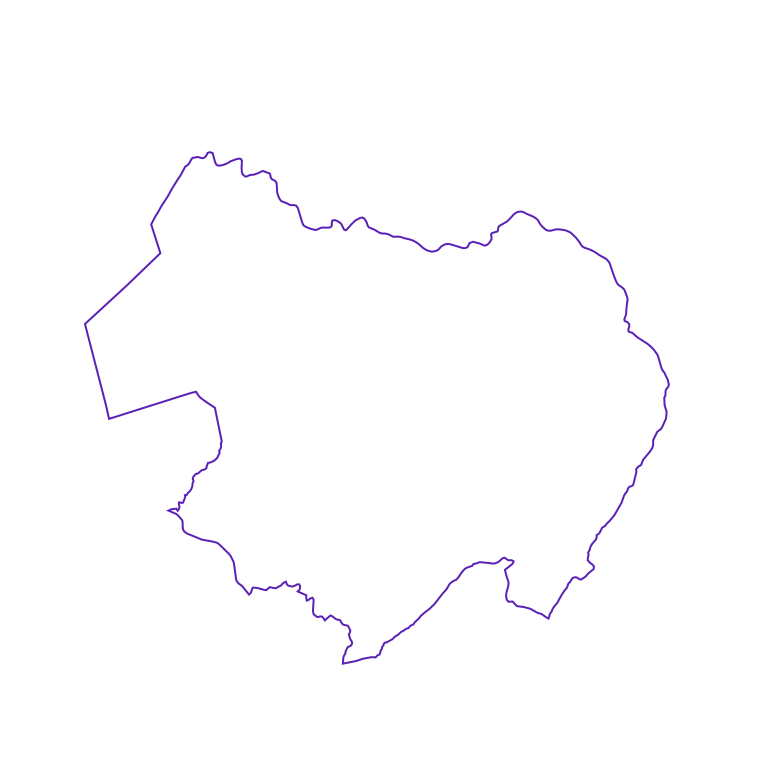 outline of Matungulu, Eastern, Kenya, rotated 74°
{"feature_id": "3690345B24621984513520", "entity_name": "Matungulu", "entity_type": "district", "adm_level": 2, "iso_a3": "KEN", "parent_name": "Kenya", "parent_adm1": "Eastern", "projection": "orthographic", "projection_center": [37.26, -1.206], "detail": "fine", "context": "isolated", "style": "outline", "palette": "violet", "viewbox_px": 768, "rotation_deg": 74, "n_neighbors": 0, "source": "geoboundaries", "source_scale": "gbopen_adm2", "svg_char_len": 6165}
<svg xmlns="http://www.w3.org/2000/svg" viewBox="0 0 768 768"><g transform="rotate(74 384 384)"><path d="M219.0,366.7L221.6,371.5L224.9,376.5L225.7,378.4L224.6,379.8L219.2,380.8L217.7,381.2L214.5,383.9L212.9,386.1L212.6,388.6L214.6,389.7L217.0,390.4L218.4,391.6L218.6,393.4L217.3,398.2L216.7,399.6L216.5,401.3L217.1,405.7L217.1,407.3L215.6,410.0L213.5,413.3L210.3,417.0L208.6,417.8L206.4,418.1L191.1,418.3L188.4,419.2L187.1,421.5L186.5,424.1L185.4,425.7L184.2,426.8L180.0,432.2L177.6,433.3L173.3,433.9L170.7,433.9L162.0,432.0L160.0,432.1L158.2,433.1L156.3,435.3L154.0,436.0L152.1,435.7L150.2,435.8L145.9,441.6L145.9,443.1L146.6,446.8L146.9,451.3L146.2,454.9L146.3,456.6L146.7,458.5L146.2,460.4L143.3,462.1L141.2,462.2L137.2,461.4L130.1,459.0L128.2,459.6L127.3,461.5L127.2,464.4L127.7,470.6L128.3,472.1L129.0,476.3L129.0,480.0L128.8,482.0L127.9,483.9L126.6,484.8L124.3,485.2L114.8,485.1L113.2,487.4L113.2,489.8L115.0,491.4L116.5,493.3L117.0,495.0L116.7,496.9L114.7,499.9L114.1,502.4L114.2,504.2L113.8,505.8L115.2,507.5L118.1,510.3L119.8,513.3L120.3,515.2L127.4,522.1L130.8,526.2L137.7,533.8L144.1,540.2L151.5,548.8L156.8,554.1L160.1,557.8L166.4,563.8L196.6,562.9L218.1,603.5L243.9,654.9L327.8,657.1L341.7,657.9L339.4,572.7L339.6,566.8L341.3,566.4L345.1,565.1L348.2,563.1L354.4,558.1L360.2,553.1L394.6,555.8L395.8,557.0L399.4,557.9L401.2,559.0L402.9,561.0L404.4,560.8L405.8,561.7L406.9,562.9L408.7,564.3L410.2,566.7L411.0,568.8L411.6,572.2L411.3,574.9L414.4,577.2L416.0,578.0L416.8,580.0L416.6,582.9L418.6,587.2L418.7,589.9L420.8,593.0L422.4,594.0L424.8,593.8L426.7,595.4L428.8,596.1L430.6,597.2L432.3,598.6L433.8,600.6L434.8,602.8L436.3,604.2L436.0,606.0L437.7,606.1L442.7,609.9L442.4,611.7L441.2,613.4L442.5,614.3L444.4,614.3L446.2,614.7L447.7,615.7L448.9,617.3L446.6,618.0L445.8,623.1L446.3,626.1L451.7,619.5L453.2,618.4L459.0,615.7L460.5,615.5L467.3,617.2L469.6,617.1L471.4,616.2L473.5,614.5L483.5,601.8L487.9,592.8L490.2,588.8L491.3,587.6L493.4,586.2L505.2,579.5L507.4,578.8L512.6,577.8L514.5,577.6L531.1,580.0L532.7,580.0L535.7,578.8L537.9,576.9L540.0,575.7L549.2,571.8L548.1,569.6L544.9,567.4L543.6,566.2L544.4,563.7L545.8,560.9L549.2,555.4L549.7,554.0L547.8,549.8L549.6,546.6L550.5,544.1L549.9,542.0L549.3,538.5L548.2,536.9L547.3,534.9L547.0,532.8L549.5,532.6L551.4,531.7L553.5,527.9L553.4,525.9L552.7,522.5L553.3,520.7L555.5,520.4L557.4,521.2L558.8,522.4L559.7,524.1L565.7,516.9L567.9,517.7L570.9,517.9L570.7,515.8L569.9,514.2L569.8,511.6L572.0,511.1L582.8,514.9L586.0,515.1L589.3,512.7L589.9,511.2L589.8,509.6L590.3,508.0L592.2,506.8L594.9,506.0L592.6,501.2L591.8,499.1L593.2,497.6L596.5,495.3L597.8,493.6L598.5,491.7L600.1,491.0L602.5,490.5L604.1,489.5L606.5,485.3L609.8,484.6L612.1,484.4L613.8,485.6L615.2,486.8L620.0,486.8L621.9,486.1L624.2,486.0L625.7,487.1L626.6,488.5L626.7,490.6L627.5,492.0L630.5,494.7L632.5,495.5L634.1,497.3L635.7,498.5L641.5,500.6L642.6,487.1L642.3,479.9L642.6,476.6L643.2,471.0L644.5,467.4L643.0,465.0L642.9,463.1L641.4,461.7L639.4,460.8L638.1,459.2L636.1,458.1L635.4,456.7L633.9,456.0L632.8,454.6L633.2,453.1L631.7,446.5L630.9,444.8L630.0,443.6L628.8,439.3L627.1,436.1L626.7,434.0L625.3,429.8L625.4,427.8L623.6,425.1L623.2,422.0L621.7,420.4L618.7,414.6L617.4,413.1L614.5,407.0L612.6,401.9L610.6,398.5L609.6,396.3L602.1,386.1L598.4,380.3L594.5,376.3L593.2,373.9L592.3,370.7L592.1,368.7L590.7,366.2L586.8,361.6L584.9,358.8L583.9,357.0L583.4,355.0L583.1,349.3L581.8,347.8L581.9,344.3L581.6,341.8L582.1,339.7L586.8,328.3L587.0,326.0L586.6,323.1L584.1,317.8L584.3,315.8L586.2,314.5L587.9,312.6L588.5,310.0L590.1,308.3L591.7,309.4L592.6,310.7L596.0,319.0L603.4,319.2L608.2,318.9L609.8,319.2L612.6,320.3L617.9,323.6L620.6,324.8L622.8,325.3L625.3,325.4L627.6,324.4L628.6,320.3L634.1,317.5L637.0,310.9L640.4,305.3L646.2,299.6L648.6,295.8L651.5,293.6L654.8,290.6L653.0,289.1L651.2,288.3L648.6,285.3L646.4,283.7L644.4,281.1L642.2,277.8L636.1,271.8L632.2,267.3L630.3,264.3L626.7,261.8L625.6,259.7L622.6,256.5L622.3,253.9L623.3,251.7L625.0,250.4L626.3,248.6L624.8,243.5L622.4,239.9L619.7,233.5L617.4,232.5L615.3,233.2L612.6,235.3L609.7,236.7L608.1,236.3L603.9,234.2L602.4,234.3L600.2,232.1L596.9,230.0L594.8,227.6L591.7,222.9L589.7,221.7L587.9,221.3L587.4,219.3L586.7,218.0L582.9,214.5L582.0,213.2L581.6,211.0L579.7,208.5L577.8,204.9L573.7,198.8L563.6,188.4L557.7,184.2L555.9,182.5L554.9,180.8L553.6,179.4L551.8,178.4L550.5,176.5L550.4,174.2L549.7,172.3L538.3,165.7L535.7,165.2L534.2,163.5L533.3,161.7L532.8,159.3L528.2,155.7L522.5,147.3L519.9,144.2L517.9,142.7L516.0,141.8L512.3,140.8L510.0,138.8L505.2,134.4L503.4,130.0L502.1,128.5L494.9,122.4L489.8,120.4L488.0,120.0L481.7,120.1L474.5,118.4L472.9,116.9L471.1,116.1L469.1,115.6L467.1,114.5L465.0,111.6L463.2,110.3L458.3,110.1L450.3,111.4L446.8,112.7L445.0,112.9L433.3,112.9L431.2,113.1L425.9,115.0L421.8,117.1L417.2,120.2L415.7,121.7L409.5,127.1L407.4,128.6L403.3,131.2L401.2,134.3L399.2,134.3L396.0,132.3L394.4,131.8L392.6,132.4L391.0,133.6L389.8,135.3L387.9,135.1L383.9,132.1L378.4,130.2L369.6,126.5L367.1,126.3L359.4,127.0L356.9,128.5L353.0,131.6L351.1,132.2L348.5,132.7L341.4,133.3L330.0,133.8L326.3,135.1L324.8,136.2L319.3,141.6L315.0,145.1L311.3,149.3L308.2,153.8L306.2,155.6L304.0,156.4L301.8,156.9L296.1,159.2L290.0,162.8L288.5,164.4L286.2,167.4L284.9,170.0L283.5,173.4L282.8,176.0L282.6,181.2L282.1,183.4L280.7,185.7L276.0,188.7L273.9,189.6L268.9,190.9L267.2,191.9L264.4,194.2L259.2,200.6L257.5,202.2L256.6,203.4L255.8,205.4L255.5,207.9L255.9,210.4L256.6,212.2L260.8,219.1L261.8,221.3L263.8,229.5L265.3,231.2L267.1,231.8L268.6,232.7L268.7,238.6L269.7,239.9L272.0,240.1L274.4,240.7L277.1,243.5L278.2,245.5L278.8,247.5L278.6,249.4L275.2,253.5L271.8,259.2L272.1,262.9L275.5,266.1L275.8,268.1L275.0,270.9L268.4,281.0L267.0,283.7L266.6,286.4L267.0,289.1L267.6,291.1L269.9,294.8L270.3,296.7L270.3,299.7L269.8,302.0L267.8,305.2L266.7,306.5L264.0,308.9L258.4,312.5L255.4,315.2L253.9,316.8L251.8,320.0L249.5,324.2L247.2,327.5L246.3,329.6L245.0,334.5L241.4,338.4L240.4,340.0L239.5,341.9L239.0,343.9L237.6,346.4L232.7,351.0L231.3,352.9L229.1,355.4L227.6,356.0L224.2,356.1L221.2,356.7L219.2,357.6L218.0,359.0L217.8,361.1L219.0,366.7Z" fill="none" stroke="#5b21b6" stroke-width="2"/></g></svg>